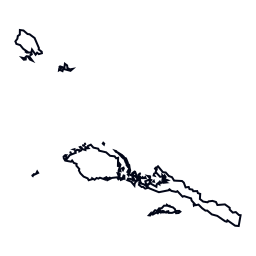 Kavieng District, New Ireland, Papua New Guinea (Mercator projection)
{"feature_id": "67681753B13414924819531", "entity_name": "Kavieng District", "entity_type": "district", "adm_level": 2, "iso_a3": "PNG", "parent_name": "Papua New Guinea", "parent_adm1": "New Ireland", "projection": "mercator", "projection_center": [150.489, -2.205], "detail": "fine", "context": "isolated", "style": "outline", "palette": "ink", "viewbox_px": 256, "rotation_deg": 0, "n_neighbors": 0, "source": "geoboundaries", "source_scale": "gbopen_adm2", "svg_char_len": 5951}
<svg xmlns="http://www.w3.org/2000/svg" viewBox="0 0 256 256"><path d="M93.4,147.6L90.8,144.7L88.1,145.9L87.3,146.9L88.5,148.2L86.5,148.4L85.3,147.2L85.4,150.0L81.3,148.8L81.2,150.4L79.3,151.4L79.1,150.1L77.1,149.8L75.2,151.4L75.7,152.8L69.8,155.1L66.5,159.4L65.8,158.7L66.6,157.3L65.5,156.2L66.3,155.2L65.3,155.1L63.6,156.6L63.8,158.3L65.2,160.6L71.1,161.7L72.1,160.5L73.8,162.9L76.6,163.9L76.4,165.7L79.3,169.0L78.9,170.4L80.4,173.3L83.6,176.6L87.7,178.4L88.7,180.2L92.1,179.2L92.2,178.3L94.6,179.7L96.6,178.0L98.4,178.6L99.9,177.7L104.5,179.3L104.1,178.3L106.4,177.2L107.2,178.2L107.7,177.2L107.4,179.0L109.7,177.6L110.6,178.1L107.3,179.3L107.5,180.1L112.0,177.9L118.9,177.1L119.4,175.3L118.4,175.2L117.7,173.4L118.6,173.6L118.6,170.6L120.5,164.8L119.3,163.3L117.9,166.8L118.1,157.8L116.2,158.3L114.6,156.3L110.1,155.8L106.1,152.3L99.2,150.7L98.2,148.7L93.4,147.6ZM240.6,215.2L238.9,215.0L235.8,212.1L232.8,212.6L229.7,209.6L229.7,207.8L224.9,204.4L217.4,205.0L216.0,202.0L212.5,200.9L208.5,201.4L207.6,202.3L203.2,201.6L199.9,199.0L200.2,193.9L197.9,193.1L197.2,191.1L193.2,191.2L192.4,189.6L189.5,189.1L188.7,187.0L185.6,187.4L183.8,182.6L182.0,181.0L174.1,180.6L172.0,177.2L168.8,176.0L165.7,172.5L162.9,172.2L158.0,166.3L156.6,167.5L156.8,169.3L155.1,173.2L156.6,173.0L160.1,176.8L162.5,176.5L162.4,175.3L163.6,176.7L164.6,175.4L165.6,177.0L165.1,177.7L163.2,178.1L162.8,177.9L162.5,179.4L163.0,179.9L164.2,178.9L167.8,180.3L164.0,181.6L166.0,182.5L163.1,182.8L162.1,182.0L160.9,183.1L159.8,181.6L158.6,182.9L159.0,184.1L157.8,183.4L156.7,184.3L156.4,186.8L150.1,183.3L146.9,185.9L149.2,188.3L158.9,192.2L169.5,190.1L168.9,188.8L171.4,190.9L176.1,191.9L177.4,191.2L182.6,196.7L184.0,196.1L191.1,198.4L191.6,200.5L195.8,205.2L198.5,204.6L202.1,208.2L205.4,210.6L207.3,210.6L211.8,214.4L217.3,215.9L225.0,221.2L226.7,221.7L227.4,220.3L235.1,225.7L238.7,226.0L240.6,215.2ZM27.5,34.0L23.5,30.5L19.9,30.0L19.8,34.6L17.8,36.0L17.4,38.7L15.4,41.4L16.4,43.9L20.2,45.1L23.2,48.8L28.7,52.6L31.4,52.3L32.0,49.6L35.6,54.7L37.1,52.7L38.8,54.1L41.9,53.2L41.7,51.7L38.7,49.5L38.9,48.0L34.6,38.0L29.6,34.3L27.5,34.0ZM166.9,204.8L166.7,205.7L164.0,205.7L161.6,208.3L159.1,208.3L157.3,210.9L155.1,210.2L151.7,213.9L152.8,214.6L156.2,212.6L157.8,213.3L158.7,212.1L160.5,212.2L159.1,211.1L160.0,210.2L161.0,211.5L162.5,211.0L163.1,212.0L163.7,211.2L165.9,212.6L167.8,212.4L167.9,211.5L166.0,211.7L168.3,211.2L168.8,212.9L172.0,212.9L175.5,211.6L176.1,213.2L178.6,213.0L180.3,211.7L179.3,210.9L175.4,211.0L175.0,209.2L173.0,207.4L169.0,206.3L166.9,204.8ZM67.4,67.9L67.1,65.4L64.9,63.8L64.4,67.8L60.1,66.4L59.5,67.0L61.0,68.7L59.9,69.9L62.5,71.1L63.2,68.9L70.5,70.8L72.7,68.9L69.9,69.4L67.4,67.9ZM131.9,179.2L128.1,178.6L127.3,180.2L131.1,181.6L134.4,185.6L134.6,183.6L136.6,180.7L133.2,180.7L131.9,179.2ZM139.6,183.2L138.9,184.8L141.7,187.0L143.0,186.8L145.2,188.6L148.4,187.7L143.9,184.3L139.6,183.2ZM150.5,182.3L148.7,179.8L145.3,181.3L146.5,185.3L150.5,182.3ZM137.3,177.6L135.3,172.2L132.8,174.2L133.1,175.5L135.0,176.0L136.7,177.9L137.3,177.6ZM127.7,162.5L126.0,158.4L123.8,157.5L125.8,162.7L126.6,163.6L127.7,162.5ZM128.7,167.6L129.5,167.1L129.2,165.0L127.7,163.5L126.5,163.8L126.6,165.2L128.7,167.6ZM29.3,56.5L26.5,56.2L26.1,56.6L27.9,56.6L29.9,59.5L32.3,60.6L29.3,56.5ZM129.6,172.7L130.1,170.5L128.8,169.4L127.4,171.9L129.6,172.7ZM121.9,155.0L117.3,152.2L122.0,157.0L121.9,155.0ZM25.8,58.6L21.9,57.7L23.8,59.7L25.7,59.5L25.8,58.6ZM140.3,176.8L138.9,177.2L139.2,179.0L141.1,178.0L140.3,176.8ZM120.3,178.1L119.7,177.5L117.4,177.9L118.4,179.3L120.3,178.1ZM124.4,178.5L124.3,175.7L123.6,175.5L122.9,177.4L124.4,178.5ZM123.0,178.2L120.6,178.2L120.9,179.9L123.1,179.0L123.0,178.2ZM134.7,172.3L134.3,171.7L132.3,173.2L131.6,174.9L134.7,172.3ZM123.5,167.7L122.0,168.4L123.0,170.1L123.8,168.5L123.5,167.7ZM38.1,172.9L37.2,171.5L36.0,173.9L38.1,172.9ZM150.1,215.5L151.0,214.4L150.8,213.2L148.9,215.3L150.1,215.5ZM123.0,156.0L122.2,157.3L123.3,158.1L123.7,156.6L123.0,156.0ZM144.1,178.1L145.6,178.1L145.2,177.1L144.1,178.1ZM103.9,144.6L104.2,143.6L103.3,142.8L102.8,143.6L103.9,144.6ZM128.6,175.4L129.0,174.3L128.5,173.6L127.8,174.4L128.6,175.4ZM150.5,180.7L151.2,180.0L150.0,179.4L149.9,180.0L150.5,180.7ZM163.4,179.8L165.1,179.8L164.2,179.1L163.4,179.8ZM138.7,175.5L140.0,173.8L139.9,173.6L138.6,174.6L138.7,175.5ZM150.1,177.3L150.1,176.4L149.4,176.2L149.2,177.1L150.1,177.3ZM30.0,55.5L31.8,54.3L31.6,53.6L30.0,55.5ZM140.0,179.7L139.2,180.5L140.1,180.4L140.0,179.7ZM130.0,175.0L131.4,175.2L131.5,174.9L130.0,175.0ZM117.0,152.3L116.3,151.2L115.1,150.8L115.9,151.8L117.0,152.3ZM26.2,51.5L25.0,51.4L26.3,52.2L26.2,51.5ZM133.0,177.7L133.3,176.8L133.0,176.4L132.4,177.0L133.0,177.7ZM155.5,169.3L156.0,168.1L155.7,167.8L155.0,168.5L155.5,169.3ZM82.3,145.2L83.3,145.6L83.4,145.3L82.3,145.2ZM120.5,171.3L120.2,170.2L119.5,171.2L120.5,171.3ZM81.2,147.5L80.6,146.9L79.9,147.1L80.3,147.7L81.2,147.5ZM139.9,182.4L140.9,182.5L140.5,181.9L139.9,182.4ZM119.7,174.9L119.8,174.1L119.1,173.9L118.9,174.3L119.7,174.9ZM133.7,179.7L134.1,179.2L133.8,178.6L133.2,178.9L133.7,179.7ZM153.6,175.5L154.4,175.7L153.8,174.8L153.6,175.5ZM170.2,206.4L169.7,205.8L168.9,206.1L170.2,206.4ZM137.1,179.7L137.9,179.3L137.4,179.1L137.1,179.7ZM33.6,175.0L34.5,174.4L34.7,174.2L33.8,174.2L33.6,175.0ZM105.6,178.9L105.3,178.1L104.6,178.8L105.6,178.9ZM161.2,212.3L161.8,211.7L161.1,211.8L161.2,212.3ZM153.3,181.6L154.0,181.7L153.8,181.0L153.3,181.6ZM33.0,175.4L31.8,175.1L32.8,175.9L33.0,175.4ZM148.9,177.1L148.7,176.3L147.9,176.1L148.9,177.1ZM73.8,149.4L74.5,149.6L74.5,149.2L73.8,149.4ZM163.2,177.7L164.6,177.4L163.2,177.7ZM59.0,70.3L59.7,69.9L59.1,69.5L59.0,70.3ZM69.6,152.7L70.6,152.6L70.5,152.4L69.6,152.7ZM193.9,205.6L194.5,205.2L193.8,205.0L193.9,205.6ZM164.0,212.2L163.6,212.5L164.8,212.2L164.0,212.2ZM142.5,177.5L143.1,177.6L142.7,177.2L142.5,177.5ZM129.7,168.3L129.5,167.5L128.9,167.7L129.7,168.3ZM85.2,144.0L85.8,143.6L85.1,143.7L85.2,144.0Z" fill="none" stroke="#020617" stroke-width="2"/></svg>